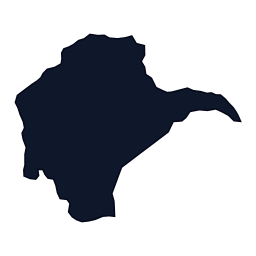 Moita Bonita, Sergipe, Brazil (Mercator projection)
{"feature_id": "56859067B54025844291619", "entity_name": "Moita Bonita", "entity_type": "district", "adm_level": 2, "iso_a3": "BRA", "parent_name": "Brazil", "parent_adm1": "Sergipe", "projection": "mercator", "projection_center": [-37.333, -10.599], "detail": "fine", "context": "isolated", "style": "filled", "palette": "ink", "viewbox_px": 256, "rotation_deg": 0, "n_neighbors": 0, "source": "geoboundaries", "source_scale": "gbopen_adm2", "svg_char_len": 1230}
<svg xmlns="http://www.w3.org/2000/svg" viewBox="0 0 256 256"><path d="M114.6,216.3L113.9,201.1L111.8,193.6L118.3,175.9L121.5,167.3L138.3,154.5L157.0,140.4L168.2,131.9L173.2,121.5L181.8,120.9L185.7,117.7L189.9,111.5L199.3,109.7L207.5,110.4L215.8,108.9L221.5,111.5L228.6,115.3L234.0,120.7L240.6,121.4L238.1,115.7L235.9,111.7L233.1,107.6L228.6,103.0L225.4,99.2L220.5,95.0L215.8,94.9L211.4,92.9L206.9,93.4L200.5,91.6L193.4,90.7L187.4,88.1L172.0,92.1L167.3,92.6L163.1,90.9L156.0,87.5L151.4,78.2L145.7,74.4L144.6,67.1L141.2,61.4L144.6,55.1L144.4,45.6L136.3,43.6L131.8,36.0L125.5,37.8L117.6,38.8L109.3,38.1L104.3,35.3L97.8,35.6L90.0,34.4L84.1,38.9L78.7,40.5L73.6,44.5L68.8,47.1L63.9,48.8L61.7,52.9L62.0,58.7L61.2,63.8L54.8,67.4L47.2,69.3L43.2,73.4L40.8,77.9L37.0,81.1L32.1,84.3L17.4,95.4L15.4,102.4L18.1,107.9L20.2,114.5L23.3,121.5L24.6,127.9L22.1,133.2L23.3,139.5L26.3,147.5L25.0,154.3L25.0,160.2L25.0,165.2L23.8,169.8L24.1,176.0L30.2,178.5L35.8,179.1L38.6,175.6L37.8,169.5L42.8,169.5L45.0,174.3L48.0,178.1L53.6,179.1L56.0,185.5L57.5,192.8L60.2,198.6L67.1,199.4L70.0,203.6L68.6,211.9L72.3,216.8L76.7,219.7L81.8,221.6L88.3,220.9L95.0,219.4L102.8,216.2L109.0,215.7L114.6,216.3Z" fill="#0f172a" stroke="#020617" stroke-width="1.5"/></svg>